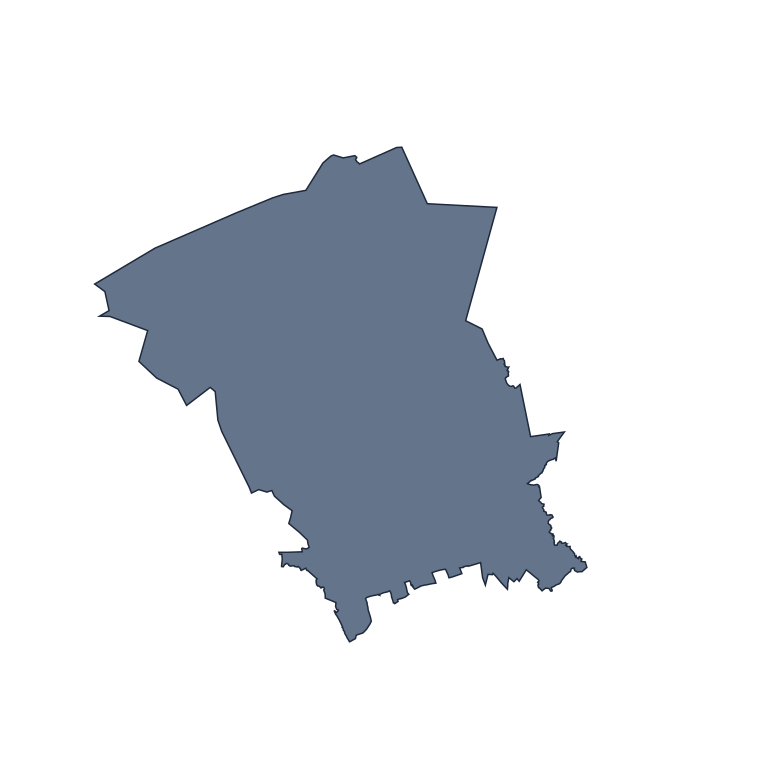 Atoyac de Álvarez, Guerrero, Mexico, rotated 316°
{"feature_id": "50627088B21593643205085", "entity_name": "Atoyac de Álvarez", "entity_type": "district", "adm_level": 2, "iso_a3": "MEX", "parent_name": "Mexico", "parent_adm1": "Guerrero", "projection": "robinson", "projection_center": [-100.398, 17.312], "detail": "fine", "context": "isolated", "style": "filled", "palette": "slate", "viewbox_px": 768, "rotation_deg": 316, "n_neighbors": 0, "source": "geoboundaries", "source_scale": "gbopen_adm2", "svg_char_len": 6171}
<svg xmlns="http://www.w3.org/2000/svg" viewBox="0 0 768 768"><g transform="rotate(316 384 384)"><path d="M506.8,184.2L504.0,183.1L493.6,182.6L462.3,190.4L443.3,177.7L433.1,172.7L396.2,158.1L313.7,127.2L245.3,111.1L247.4,123.7L237.2,140.2L226.5,137.6L233.8,145.1L251.1,181.4L223.4,197.5L224.6,221.8L232.3,244.7L227.1,262.3L256.6,265.7L257.3,272.2L239.4,294.6L234.3,305.5L215.4,364.4L212.9,370.4L220.5,372.9L224.7,380.4L229.3,382.7L227.3,388.5L228.1,401.2L229.9,411.3L224.0,415.2L218.6,418.2L220.1,432.0L220.5,443.1L218.2,446.3L216.8,449.4L216.2,449.4L213.9,448.9L213.3,448.4L211.3,445.4L210.9,445.2L210.4,445.3L210.0,445.7L209.4,447.0L208.6,447.9L198.0,438.3L191.5,432.0L190.8,433.4L190.7,434.3L191.0,434.7L192.1,435.0L192.2,435.5L192.0,436.0L190.8,437.1L190.2,438.1L188.6,439.8L184.4,443.3L183.5,444.2L184.6,445.5L187.3,444.8L187.6,445.1L189.3,445.3L189.8,446.5L190.0,447.4L189.8,448.1L189.6,448.4L189.9,449.5L190.5,450.4L192.1,451.2L192.5,452.0L193.1,452.6L193.0,453.1L193.1,453.6L193.7,454.1L194.4,455.4L194.8,455.4L195.5,455.8L195.7,457.5L195.5,458.1L195.6,458.7L194.9,460.0L194.9,460.6L199.8,462.2L199.0,464.5L199.5,464.8L200.5,477.8L199.2,477.8L198.3,478.5L198.1,479.2L197.5,479.4L197.4,479.9L196.6,480.7L196.1,481.8L196.2,482.1L196.0,482.6L196.0,483.3L196.6,483.8L197.1,485.1L196.9,486.2L197.0,487.0L197.3,487.2L198.4,487.1L198.7,487.3L198.8,487.8L199.3,488.1L199.4,488.6L198.9,489.8L198.6,490.1L197.5,490.3L196.2,493.3L195.4,494.6L193.0,497.2L197.6,507.8L194.5,510.6L193.4,513.4L194.1,514.7L193.9,514.8L193.7,515.3L191.1,515.4L190.9,514.9L191.1,514.5L190.9,513.7L191.1,513.3L191.0,512.9L190.5,512.8L189.3,516.1L189.0,518.0L189.1,518.4L188.9,518.7L188.0,522.2L185.6,529.6L184.9,529.8L184.7,530.2L184.9,531.1L184.7,531.5L183.8,532.7L183.6,533.3L183.7,534.5L183.0,535.3L182.7,535.9L182.0,538.0L182.0,538.7L181.1,541.1L180.3,545.2L180.1,545.3L180.2,545.6L186.6,547.3L189.4,545.5L189.6,545.4L196.0,548.5L201.0,548.3L207.5,546.8L210.1,545.8L212.5,541.9L215.8,535.3L217.2,533.6L218.9,530.7L219.9,529.6L221.6,525.6L223.4,525.6L227.1,527.4L230.2,529.3L231.2,530.1L233.4,531.2L233.7,531.4L233.5,532.0L234.1,533.1L234.5,532.2L238.6,533.8L242.2,536.0L243.3,536.3L244.5,536.8L243.3,540.1L241.5,542.5L239.9,545.9L238.7,548.1L239.0,548.3L239.6,548.9L239.3,549.5L243.1,550.2L243.9,548.6L244.0,548.5L246.8,549.8L246.8,550.1L251.1,552.0L255.8,552.5L255.8,551.1L256.1,550.0L259.0,545.4L260.4,542.6L260.9,541.1L265.7,543.3L265.3,545.1L264.0,547.0L263.8,547.4L264.7,547.8L264.4,549.3L263.9,549.0L263.5,552.9L269.4,554.8L269.6,554.6L273.6,556.9L274.7,557.8L279.7,560.9L283.0,563.3L284.4,560.5L286.2,555.8L287.5,553.1L291.1,554.7L296.3,557.6L299.1,559.6L299.6,560.2L299.2,561.0L297.5,565.9L296.1,568.5L297.3,569.3L299.2,570.3L308.3,574.5L310.7,568.8L313.3,570.8L313.4,570.6L314.7,571.2L314.9,571.0L318.1,573.0L317.9,573.5L319.0,574.2L329.4,579.6L320.4,591.8L317.2,599.1L326.6,593.2L329.6,596.5L330.9,595.9L331.0,599.1L330.3,608.7L330.2,617.4L332.9,615.1L334.3,613.6L339.3,610.0L340.1,616.5L344.5,616.4L344.2,619.8L357.3,616.5L359.1,632.0L358.8,633.1L358.0,633.7L357.3,633.3L356.8,633.3L356.6,634.5L356.3,635.4L356.0,635.5L355.1,635.5L353.7,637.8L354.1,638.6L354.0,642.6L358.3,643.0L360.0,644.8L360.6,645.8L360.6,646.4L360.1,648.1L360.1,648.8L360.4,649.2L361.0,649.6L361.8,649.1L362.5,647.1L363.1,646.6L365.6,647.7L368.2,648.1L371.6,649.6L373.8,649.4L374.9,648.8L380.9,647.8L386.7,648.1L387.9,648.4L390.0,647.2L390.8,647.1L392.3,647.8L392.9,648.7L392.3,648.8L391.6,650.8L392.5,653.6L394.7,655.2L395.9,656.5L402.5,656.9L405.2,651.7L402.5,648.6L403.5,647.8L404.1,647.8L404.9,646.9L404.2,646.2L404.5,644.7L404.8,644.5L404.9,644.1L403.8,643.8L402.5,644.6L402.2,643.8L402.2,642.5L402.7,641.2L401.7,641.5L402.2,639.8L403.2,638.4L403.5,635.9L403.5,632.1L403.9,631.3L405.0,630.1L404.3,629.6L402.6,627.7L403.2,627.3L402.8,626.3L404.3,626.2L403.9,625.9L404.3,625.0L404.4,624.1L403.5,623.7L401.8,622.6L401.2,621.7L401.9,620.8L401.6,620.2L401.4,619.2L400.5,619.4L399.2,619.2L397.4,619.6L396.7,620.2L395.8,619.3L395.2,619.1L394.8,618.2L396.1,616.3L396.6,616.3L397.5,615.0L398.6,613.0L398.5,612.8L398.8,612.6L399.3,612.6L400.7,611.5L400.9,610.1L399.8,610.1L400.2,609.4L400.7,609.6L401.3,609.4L400.4,607.6L399.8,605.6L400.4,605.1L402.2,605.0L402.3,604.6L402.8,604.6L402.8,604.4L404.6,604.1L404.9,603.3L404.7,602.6L405.5,602.0L405.7,601.4L405.3,599.3L405.4,598.4L405.9,597.7L407.6,596.6L408.4,596.6L409.0,596.8L410.4,596.6L411.6,596.9L412.1,597.3L413.2,597.2L413.8,594.7L412.1,593.0L411.5,592.8L410.9,592.3L410.3,591.7L410.1,591.2L410.4,590.5L411.6,588.9L410.8,586.9L410.5,586.6L411.6,585.5L411.8,584.0L412.2,582.8L412.7,582.6L414.0,583.0L414.7,582.1L415.6,581.7L414.4,579.5L414.5,577.2L414.2,575.3L415.6,575.0L418.2,574.8L424.1,566.5L423.8,566.5L424.1,565.1L424.9,564.8L424.9,564.1L424.5,562.9L424.2,562.5L421.3,560.6L419.1,557.7L417.9,555.4L417.9,555.2L419.5,555.5L420.7,555.4L420.9,555.6L422.1,555.4L422.8,555.9L423.1,555.7L423.5,556.1L426.4,557.2L426.8,557.3L427.2,556.9L428.2,556.9L428.5,557.2L430.7,557.8L431.2,557.6L431.3,557.2L434.4,557.2L435.4,557.4L436.0,557.2L436.2,557.5L436.5,557.2L438.2,556.9L438.6,556.5L439.6,556.1L440.1,555.7L441.3,555.8L442.1,555.4L443.0,554.3L444.6,554.8L445.0,554.6L445.1,554.1L446.2,553.7L446.8,553.5L448.6,553.5L452.3,555.0L453.3,555.7L455.9,556.2L454.2,559.1L468.8,547.7L468.5,545.9L480.4,543.8L470.8,536.8L466.9,535.4L468.1,534.7L452.9,523.7L481.5,478.8L476.2,478.6L475.3,478.0L475.2,477.8L475.7,475.9L475.6,474.9L475.0,474.6L473.9,474.2L473.1,473.1L472.7,471.4L472.8,469.3L473.1,468.1L474.8,464.6L475.2,464.2L476.2,464.0L476.7,464.3L477.5,464.1L479.0,464.7L479.7,464.1L480.8,462.5L482.2,461.8L482.1,461.1L482.4,460.7L482.0,460.1L482.0,459.7L483.1,459.1L483.9,459.3L484.3,458.9L485.4,458.5L485.0,458.3L483.3,455.5L484.1,454.7L484.0,453.8L484.1,453.2L484.8,453.5L486.8,450.9L486.9,449.4L487.5,448.5L486.2,447.8L485.4,446.9L485.3,447.1L484.4,446.5L483.5,446.0L481.8,445.4L487.2,427.0L492.8,412.6L486.7,395.2L587.9,335.4L540.4,284.4L561.3,226.0L557.3,222.6L519.2,208.7L519.3,207.2L518.8,205.5L519.1,205.0L519.3,202.9L519.9,202.6L521.6,202.3L521.9,201.9L521.7,200.3L521.7,199.5L511.7,193.0L506.8,184.2Z" fill="#64748b" stroke="#1e293b" stroke-width="1.5"/></g></svg>